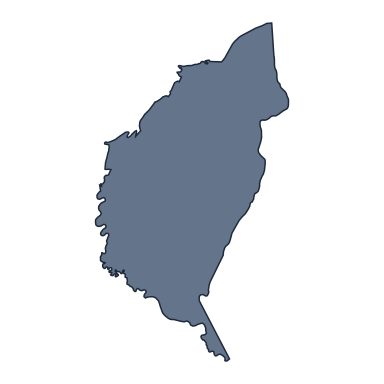 the district of Mosquera, Nariño, Colombia
{"feature_id": "7082276B72973217917261", "entity_name": "Mosquera", "entity_type": "district", "adm_level": 2, "iso_a3": "COL", "parent_name": "Colombia", "parent_adm1": "Nariño", "projection": "orthographic", "projection_center": [-78.47, 2.424], "detail": "fine", "context": "isolated", "style": "filled", "palette": "slate", "viewbox_px": 384, "rotation_deg": 0, "n_neighbors": 0, "source": "geoboundaries", "source_scale": "gbopen_adm2", "svg_char_len": 6018}
<svg xmlns="http://www.w3.org/2000/svg" viewBox="0 0 384 384"><path d="M145.5,298.0L146.3,297.5L147.9,297.0L152.0,296.7L153.1,296.8L154.8,297.4L155.7,297.9L158.4,300.7L159.4,303.3L160.2,306.1L161.9,311.0L162.8,313.1L164.4,315.0L166.0,316.5L168.2,318.2L170.0,319.2L171.6,319.5L173.7,319.5L181.0,321.3L183.9,321.8L184.4,321.8L186.0,321.2L187.1,321.1L189.7,322.6L190.4,324.6L191.1,325.3L193.1,326.1L195.8,325.5L197.7,324.4L201.1,323.3L202.6,323.3L203.2,323.6L204.3,324.7L205.5,327.5L205.7,328.3L205.7,329.6L206.0,331.7L206.5,333.0L206.2,333.5L204.8,334.7L202.1,335.2L201.5,335.6L201.0,336.3L201.1,337.3L201.6,338.6L202.3,339.2L202.8,340.0L204.1,340.1L206.1,342.7L206.3,343.2L206.2,344.8L207.0,345.6L207.3,348.1L207.5,348.6L208.2,348.9L208.5,349.3L208.5,350.7L208.9,351.4L209.2,351.8L210.0,352.0L211.8,351.3L212.8,351.2L213.4,351.5L213.8,351.9L214.1,353.8L214.5,354.8L215.0,355.5L215.6,355.9L216.4,355.8L218.6,354.5L219.5,354.2L220.3,354.2L222.1,355.2L223.6,356.3L224.7,357.5L225.1,358.4L224.9,360.6L225.3,360.9L226.6,361.0L227.5,360.6L229.5,358.9L199.6,301.4L199.1,300.1L199.3,296.5L199.8,295.6L201.0,294.7L202.7,294.6L204.1,295.1L205.3,295.9L206.9,295.9L207.6,295.1L208.4,293.5L208.8,292.1L208.4,290.0L209.1,285.4L210.0,282.2L223.2,255.2L223.5,251.5L224.9,247.5L226.1,246.0L228.4,243.9L229.4,242.3L230.4,239.2L232.0,233.0L239.1,220.5L241.8,217.2L245.1,213.9L246.2,212.4L248.4,208.9L249.8,206.0L250.1,203.8L250.8,202.5L252.5,201.7L252.7,200.5L253.5,199.5L254.2,195.2L255.0,193.5L256.8,192.6L258.2,191.1L258.5,190.4L259.6,186.4L259.6,183.5L260.4,180.1L262.4,175.6L263.4,174.1L263.6,173.0L264.4,170.8L265.2,163.5L265.1,160.2L264.8,159.3L261.1,155.9L260.2,154.8L258.7,152.6L258.3,151.6L258.3,149.4L258.5,148.3L259.0,147.3L260.2,143.2L260.5,142.7L261.6,137.5L261.4,130.1L260.4,127.2L260.0,125.1L260.0,122.5L260.3,121.3L261.4,120.3L262.0,120.1L265.4,120.1L267.1,119.5L268.7,118.6L271.3,116.3L272.9,115.9L276.0,115.8L278.8,114.1L282.6,111.2L286.9,108.8L287.7,107.7L288.1,106.8L288.4,105.2L288.5,99.7L287.8,97.7L287.0,96.1L286.4,93.8L285.1,91.6L281.2,87.9L280.7,87.1L280.4,86.6L279.8,83.9L278.2,82.3L277.7,81.4L277.1,79.7L276.9,77.2L276.8,73.3L276.2,70.6L275.4,69.2L274.8,67.7L274.5,65.5L274.4,59.3L274.1,56.5L273.9,56.0L271.7,23.0L267.9,23.4L267.0,23.3L262.0,25.8L255.8,28.1L241.8,35.5L239.3,37.1L234.4,41.7L232.3,44.5L224.8,58.0L221.7,61.9L210.0,61.5L209.2,60.2L208.1,60.2L205.9,60.7L205.4,61.0L205.8,61.7L206.8,62.2L207.9,63.1L207.8,63.6L207.1,63.9L205.8,63.6L205.4,63.3L204.6,62.0L202.8,61.5L201.7,61.6L201.3,61.9L200.4,63.1L199.7,63.6L198.2,63.8L197.3,64.4L194.8,64.4L191.8,65.5L187.3,65.7L183.8,66.4L181.4,66.0L180.1,65.6L178.7,65.7L178.4,66.1L179.1,67.4L180.6,68.7L180.8,68.7L180.9,67.9L181.4,68.0L181.7,69.3L181.5,70.6L180.7,71.7L179.6,72.1L178.3,72.0L177.1,72.3L177.5,73.2L178.4,73.9L178.8,75.0L179.4,75.8L180.3,76.6L181.4,77.0L179.2,81.8L178.6,81.3L177.4,81.2L174.8,82.6L174.1,83.8L171.3,90.4L170.1,91.6L170.2,92.9L170.6,93.7L168.2,96.7L166.8,95.8L164.6,96.2L163.9,96.7L163.0,96.8L160.5,99.1L157.3,101.2L154.8,102.2L153.9,103.7L149.2,110.0L144.7,114.4L142.4,118.0L140.6,120.3L139.8,122.2L139.4,126.1L140.3,129.8L140.7,130.7L135.7,136.3L135.9,135.0L136.5,132.7L136.6,131.3L136.4,130.7L134.7,131.5L133.5,132.8L131.7,134.4L131.0,135.6L128.3,137.5L127.3,137.3L127.1,136.4L127.6,135.1L128.8,133.3L128.9,133.0L128.8,132.4L128.5,132.1L127.9,132.0L126.3,132.1L125.1,132.5L124.4,133.1L119.8,136.2L115.5,139.4L113.8,140.3L109.1,142.2L107.6,142.4L105.4,142.1L104.8,142.7L104.6,143.5L104.8,144.0L105.0,144.1L106.8,144.4L107.2,144.6L108.6,144.6L108.9,145.2L109.2,146.7L108.6,151.3L107.9,153.1L107.1,156.8L105.5,162.8L105.0,169.2L105.3,169.4L108.7,169.3L110.9,169.6L108.5,174.9L107.9,175.2L105.8,175.4L104.6,176.5L104.2,177.7L104.3,178.8L104.7,180.0L104.4,180.8L104.5,181.8L102.7,183.9L101.7,184.3L101.0,183.8L100.6,184.1L100.7,185.1L101.7,186.2L101.4,186.4L99.7,185.3L100.6,191.0L99.5,191.8L97.5,194.2L97.1,195.0L97.0,196.2L97.1,197.6L97.7,198.8L99.7,199.3L102.9,197.7L103.9,197.7L104.8,198.3L105.4,199.7L105.1,201.1L101.1,203.1L99.9,204.5L98.8,206.2L98.6,207.9L98.7,209.0L99.3,210.4L100.0,211.0L101.0,212.7L101.0,214.1L100.4,215.3L98.1,216.9L96.1,219.0L95.6,220.1L95.5,221.4L95.7,223.9L96.1,225.1L97.0,225.9L98.0,226.3L98.8,226.4L100.8,226.1L103.3,224.6L103.9,224.4L105.2,224.8L105.7,225.3L106.0,226.7L105.9,227.3L105.0,228.2L103.3,229.3L101.5,231.5L100.7,232.9L100.6,234.1L101.1,235.0L101.7,235.5L102.8,235.7L103.6,235.5L104.7,234.9L106.1,233.4L106.8,233.2L108.2,233.7L108.7,234.3L108.7,235.6L107.7,237.7L107.6,238.5L106.6,240.6L106.6,241.0L107.1,242.8L107.1,243.6L106.0,245.9L105.4,248.0L105.4,249.2L105.9,250.9L105.6,252.4L105.1,253.3L104.3,253.7L103.7,253.6L102.4,252.8L101.9,252.7L101.7,253.3L101.7,254.8L100.4,256.9L100.6,259.3L100.4,259.9L100.5,260.3L100.8,260.9L102.7,262.1L105.2,262.7L105.2,263.0L104.7,263.4L103.5,263.6L103.2,263.8L102.7,264.8L102.7,266.5L103.3,267.7L103.9,268.2L104.4,268.4L105.2,268.3L106.1,267.2L106.8,266.9L107.7,267.4L107.9,269.1L108.1,269.4L108.4,269.5L108.7,269.4L109.5,268.1L109.9,267.8L110.8,267.7L111.5,268.0L111.8,268.7L111.7,269.7L110.9,270.5L109.4,270.8L109.0,271.7L109.2,272.2L109.4,272.4L111.3,272.2L111.8,272.6L111.8,273.2L110.6,274.5L110.8,275.1L111.7,275.5L112.9,275.6L114.4,274.0L115.0,273.9L115.5,274.1L115.8,274.7L115.8,275.1L115.3,275.8L115.3,276.4L115.7,276.8L116.6,276.6L118.3,275.4L118.4,274.9L118.2,274.5L116.8,273.5L115.3,271.5L115.1,270.7L115.4,270.0L116.1,270.1L117.2,271.7L119.5,271.7L120.9,273.4L121.5,273.6L121.9,273.5L122.2,273.2L122.6,271.1L123.1,270.4L123.6,270.1L124.0,270.2L124.2,270.6L123.5,272.1L123.6,273.2L123.9,273.6L124.8,274.0L125.3,274.7L125.1,277.0L125.9,277.5L126.7,277.7L127.0,278.3L127.4,281.3L126.9,283.0L127.2,284.3L128.8,284.8L129.6,285.9L131.8,287.0L133.3,288.7L133.4,289.8L133.9,290.6L135.0,291.5L135.8,291.4L136.4,289.6L137.3,288.7L137.6,288.5L138.4,288.6L139.6,290.0L141.1,290.6L142.3,290.6L144.0,289.8L145.3,290.3L146.0,291.1L146.0,292.3L144.4,294.5L144.0,296.2L144.1,296.8L145.5,298.0Z" fill="#64748b" stroke="#1e293b" stroke-width="1.5"/></svg>